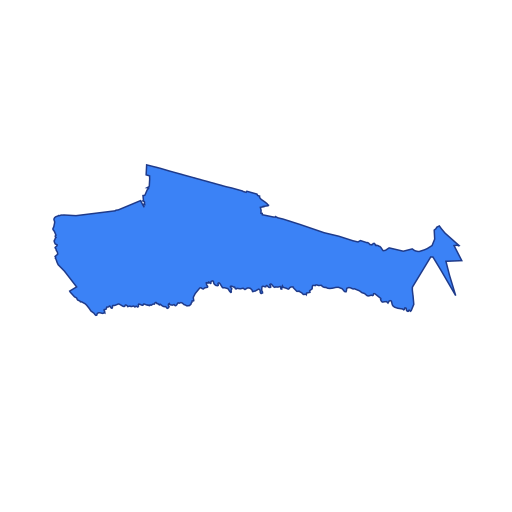 Polotitlán, México, Mexico (Equal Earth projection), rotated 326°
{"feature_id": "50627088B18153626754023", "entity_name": "Polotitlán", "entity_type": "district", "adm_level": 2, "iso_a3": "MEX", "parent_name": "Mexico", "parent_adm1": "México", "projection": "equal_earth", "projection_center": [-99.828, 20.212], "detail": "fine", "context": "isolated", "style": "filled", "palette": "blue", "viewbox_px": 512, "rotation_deg": 326, "n_neighbors": 0, "source": "geoboundaries", "source_scale": "gbopen_adm2", "svg_char_len": 6121}
<svg xmlns="http://www.w3.org/2000/svg" viewBox="0 0 512 512"><g transform="rotate(326 256 256)"><path d="M399.4,400.5L405.6,380.3L410.5,366.6L424.0,374.9L426.0,358.1L428.9,359.6L429.7,360.9L430.2,361.0L425.5,342.7L424.9,336.8L424.8,333.6L422.0,333.2L420.4,334.0L418.2,334.2L413.6,341.9L407.8,345.8L402.0,345.6L399.2,345.1L394.0,343.6L392.8,342.8L391.1,341.0L390.4,339.9L389.5,337.5L380.8,334.4L371.1,323.9L370.7,323.7L366.5,323.7L364.5,322.8L364.3,322.5L364.3,318.7L364.0,317.3L363.3,316.6L363.1,315.8L362.0,314.5L361.7,314.3L361.4,314.5L361.0,314.1L361.3,313.2L361.2,311.8L360.2,311.2L358.7,311.6L358.2,311.5L358.2,311.2L356.9,310.4L356.6,308.5L356.1,307.3L355.5,307.1L351.2,301.6L348.4,301.4L344.9,297.6L335.7,285.9L325.5,274.8L310.3,254.7L299.0,240.4L295.5,236.6L294.3,234.4L294.0,234.7L293.8,234.6L292.2,233.4L284.3,225.3L285.0,224.2L284.0,223.3L285.8,220.9L286.8,218.1L289.8,219.4L289.8,219.0L290.3,219.2L293.9,221.0L294.6,221.1L294.8,220.8L294.4,220.1L294.4,218.8L293.7,216.5L291.9,211.8L291.7,209.8L291.9,209.0L292.5,208.4L291.2,206.7L291.4,205.2L284.6,197.2L283.4,197.7L281.4,195.3L281.1,194.5L273.8,185.9L270.1,182.0L231.7,137.1L225.7,129.8L216.3,119.3L210.3,127.3L212.6,130.1L210.7,133.0L206.6,138.4L205.8,138.7L203.9,138.5L204.8,139.3L204.9,139.7L202.7,140.4L198.0,143.4L197.5,143.4L196.1,142.7L193.7,147.1L192.9,147.0L193.9,148.5L193.6,149.3L193.0,149.9L192.5,151.1L191.3,150.0L190.5,153.1L191.2,145.5L167.7,140.8L165.4,139.7L164.5,139.8L129.3,121.9L120.1,114.9L117.3,113.1L115.7,112.7L114.9,112.0L114.3,112.1L112.0,111.5L110.5,111.6L109.4,112.2L108.8,112.9L108.3,114.9L107.6,115.9L104.7,118.7L103.0,119.7L102.5,120.5L102.6,122.9L101.8,126.9L100.6,127.2L100.5,128.9L99.7,128.9L98.2,130.1L97.6,130.2L97.0,130.7L96.5,132.3L96.3,133.8L97.4,135.5L96.9,136.2L94.2,136.6L94.0,137.4L94.1,138.5L93.5,139.8L93.6,141.2L93.2,142.5L92.6,143.6L89.2,144.0L89.2,145.0L88.4,145.6L88.4,146.8L87.5,150.1L87.1,152.6L88.7,161.3L90.0,181.3L81.9,180.9L81.8,182.2L82.7,188.4L83.7,190.2L83.8,190.7L83.5,192.1L83.6,192.9L84.8,194.8L84.8,195.8L85.8,196.5L87.7,200.2L88.1,202.2L88.4,206.2L88.4,209.3L89.7,212.9L89.7,214.2L90.0,215.6L90.8,216.0L92.3,214.9L93.7,215.0L94.8,215.7L96.7,217.8L97.6,218.1L98.5,218.1L98.8,218.7L99.4,217.7L99.5,216.4L100.0,215.6L100.3,215.5L100.8,216.0L102.2,216.2L103.6,214.9L104.9,215.6L105.6,215.7L106.4,215.5L106.8,215.7L106.9,218.3L107.4,218.8L108.5,218.1L109.1,217.1L109.9,217.0L110.6,217.7L111.7,218.1L115.1,218.8L115.8,219.5L117.5,223.1L118.3,224.1L119.1,224.3L119.9,223.7L120.5,223.7L121.1,224.3L121.4,225.2L121.3,226.2L123.5,227.0L123.7,227.6L124.1,227.8L124.5,228.3L126.3,228.9L126.7,229.3L126.9,230.3L127.3,230.6L127.7,230.4L128.7,230.7L129.3,232.1L129.9,232.2L130.5,231.9L131.4,230.4L131.9,230.3L132.9,231.3L133.6,232.6L134.5,233.5L135.1,233.5L135.8,233.0L136.4,233.2L138.1,235.6L138.5,236.1L139.0,236.1L139.7,237.5L140.2,237.6L140.9,237.3L141.6,238.2L143.8,238.3L144.9,239.1L146.3,238.3L147.1,238.5L147.3,239.1L147.2,239.9L147.5,240.4L148.0,240.5L148.5,242.5L148.8,242.7L149.3,242.3L149.7,242.5L150.4,244.9L151.0,246.0L151.7,246.8L152.4,247.1L152.8,247.6L153.1,249.7L153.3,249.9L154.4,250.0L155.6,249.4L155.7,248.3L155.9,247.6L156.6,246.9L157.6,246.9L157.4,247.9L157.9,248.8L159.4,250.1L160.9,250.4L161.1,251.7L161.6,252.3L162.8,252.2L164.9,251.3L165.4,251.4L165.7,251.9L166.2,252.3L167.5,252.5L167.8,252.7L168.6,253.8L169.2,256.1L170.1,257.2L170.6,258.4L171.0,258.8L173.1,259.9L175.1,259.6L176.1,258.7L176.9,258.6L177.9,257.5L179.2,258.3L179.5,258.1L180.6,255.7L181.2,255.0L184.7,253.1L191.4,251.1L192.6,251.5L193.2,253.1L193.9,253.9L195.6,253.7L198.3,254.8L199.0,254.1L198.9,252.3L199.8,250.4L200.2,250.5L201.1,251.7L201.9,251.1L202.3,251.1L202.7,253.0L203.0,253.4L203.3,253.4L204.4,252.0L205.8,252.2L206.3,252.5L206.4,253.5L205.8,254.8L205.7,256.3L206.3,258.0L207.6,259.2L208.3,259.2L208.6,258.8L208.9,257.8L209.3,257.4L210.0,257.4L210.5,257.9L210.7,258.7L210.5,262.8L210.7,263.8L212.3,264.8L214.4,267.3L214.5,268.5L214.4,270.5L214.7,272.1L215.1,272.2L215.5,271.9L216.1,270.5L217.0,270.1L217.7,269.4L217.4,267.3L217.9,266.9L218.5,267.0L219.6,268.2L220.0,269.2L220.9,269.8L220.6,271.6L221.1,272.2L222.2,272.2L224.6,274.4L227.3,275.5L228.1,277.6L230.9,277.7L232.1,278.4L233.2,279.6L233.7,282.0L233.3,283.4L233.4,283.8L234.8,284.1L235.6,284.6L239.6,284.9L240.3,285.9L240.0,287.3L239.2,288.4L239.1,289.5L239.3,290.0L240.8,290.3L241.3,289.4L241.4,288.0L242.7,286.0L243.7,285.0L244.2,284.8L244.8,284.9L245.6,285.7L246.3,286.7L246.9,287.0L247.9,286.3L248.5,286.5L249.1,289.1L249.9,289.9L250.9,290.0L251.2,289.4L251.4,287.4L252.3,287.3L253.0,288.0L253.4,291.4L254.1,292.5L255.1,292.6L256.0,293.5L257.0,294.1L259.0,294.8L258.9,296.1L258.2,297.1L258.8,297.8L260.4,296.0L261.2,295.5L261.0,297.2L263.1,299.7L264.2,301.5L265.2,301.6L266.2,301.1L267.8,301.3L269.4,302.3L269.2,303.2L270.1,308.1L271.4,309.1L272.0,309.1L272.3,310.1L273.3,312.0L273.7,314.2L273.9,314.5L274.7,314.8L275.0,315.2L275.7,315.6L276.3,315.6L276.3,316.0L277.2,315.0L280.4,316.3L281.1,314.8L284.2,314.6L285.4,313.0L286.3,312.3L286.8,312.2L288.7,313.7L289.0,313.4L290.1,313.8L291.5,315.6L293.5,316.6L293.9,317.1L293.9,318.1L294.3,319.0L294.8,319.8L295.8,320.9L296.2,320.9L296.7,321.4L296.9,322.1L297.5,322.9L299.0,324.2L301.5,325.5L304.7,326.7L306.8,328.0L309.0,331.1L309.2,331.8L309.5,334.9L309.9,335.4L310.6,336.0L311.4,335.5L313.1,333.6L313.7,333.6L315.2,334.0L316.4,335.0L317.8,337.3L318.5,337.9L319.2,338.1L322.3,342.7L323.3,345.6L325.0,347.8L325.9,350.9L326.5,351.7L327.3,352.2L329.6,352.9L330.5,354.0L331.1,354.1L332.4,353.0L333.0,353.3L333.5,353.9L335.7,360.9L335.4,361.5L334.9,361.8L334.7,363.2L334.8,364.4L335.2,365.0L337.0,365.8L338.7,366.8L339.1,368.8L341.2,367.8L342.2,368.0L342.8,368.5L342.9,369.4L341.8,372.4L341.6,373.7L342.2,375.8L344.3,378.6L347.8,381.8L348.4,383.3L349.2,383.2L350.1,382.4L350.4,382.3L351.1,382.8L351.2,383.2L351.1,383.8L350.4,385.1L350.5,386.2L351.0,386.9L351.3,387.0L352.0,386.4L352.8,386.6L353.0,386.9L353.0,388.1L354.1,388.1L359.8,384.3L364.0,376.7L364.4,375.8L366.6,371.6L368.2,369.3L400.3,354.5L402.1,355.8L401.4,370.6L399.4,400.5Z" fill="#3b82f6" stroke="#1e3a8a" stroke-width="1.5"/></g></svg>